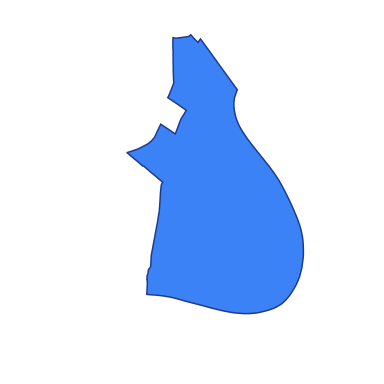 the district of Yan Nawa, Bangkok Metropolis, Thailand, rotated 329°
{"feature_id": "78962969B14857806522936", "entity_name": "Yan Nawa", "entity_type": "district", "adm_level": 2, "iso_a3": "THA", "parent_name": "Thailand", "parent_adm1": "Bangkok Metropolis", "projection": "natural_earth1", "projection_center": [100.54, 13.694], "detail": "fine", "context": "isolated", "style": "filled", "palette": "blue", "viewbox_px": 384, "rotation_deg": 329, "n_neighbors": 0, "source": "geoboundaries", "source_scale": "gbopen_adm2", "svg_char_len": 3468}
<svg xmlns="http://www.w3.org/2000/svg" viewBox="0 0 384 384"><g transform="rotate(329 192 192)"><path d="M100.5,256.5L103.4,258.6L103.5,258.7L107.7,261.6L111.3,264.3L114.7,267.0L116.6,268.7L119.5,271.1L123.0,274.6L126.5,278.2L129.0,281.0L131.5,283.6L141.3,293.5L144.5,296.8L149.2,301.8L154.1,306.6L157.8,310.2L159.0,311.3L162.4,314.3L164.1,315.8L165.7,317.1L167.3,318.3L170.6,320.7L173.9,323.0L175.6,324.0L177.6,325.2L179.6,326.3L181.7,327.3L183.7,328.3L185.8,329.2L187.6,329.9L189.5,330.5L191.3,331.1L195.0,332.2L196.9,332.7L198.8,333.1L200.7,333.5L202.6,333.8L204.5,334.0L206.5,334.1L208.4,334.1L210.3,334.1L212.4,333.8L214.6,333.4L216.7,332.9L218.8,332.2L220.9,331.5L222.9,330.7L224.7,329.9L226.4,329.1L228.1,328.2L231.4,326.4L233.1,325.4L234.9,324.2L236.8,322.9L238.5,321.6L240.3,320.3L247.2,313.5L253.7,305.3L255.0,303.4L256.2,301.5L258.5,297.5L259.8,295.1L260.8,293.4L261.4,292.0L261.8,291.3L262.8,289.2L263.7,287.0L264.5,284.7L265.3,282.4L265.6,281.5L265.8,280.9L266.1,280.0L266.7,277.7L267.3,275.3L267.8,273.0L268.3,270.6L268.7,268.3L269.4,263.5L270.1,258.8L270.6,254.0L270.9,251.6L271.4,246.7L271.8,241.8L272.1,236.8L272.4,231.7L272.4,229.2L272.5,226.6L272.4,224.2L272.3,221.7L272.0,216.7L271.5,211.7L271.3,209.2L270.6,204.2L268.7,190.0L267.8,183.1L267.4,179.9L267.3,178.6L266.8,174.0L266.6,169.6L266.4,165.1L266.5,162.9L266.5,160.7L266.7,158.2L267.1,155.7L267.5,153.2L268.0,150.8L268.7,148.4L269.5,146.1L270.3,143.9L271.3,141.7L272.2,139.8L273.3,138.0L274.4,136.3L276.9,133.2L281.7,129.1L283.5,127.7L280.9,97.8L280.5,92.5L280.4,91.1L279.5,80.8L278.5,69.8L278.1,65.2L276.8,65.7L276.0,66.0L275.0,66.5L274.2,66.9L273.8,65.3L273.4,63.8L273.2,63.2L272.9,61.7L272.7,61.0L272.4,59.2L272.2,58.1L272.0,56.6L271.9,56.5L271.6,56.5L271.2,56.7L270.9,56.8L270.5,56.9L270.2,56.9L269.8,56.9L269.5,56.9L269.2,56.9L268.8,56.8L268.3,56.6L267.9,56.4L267.6,56.3L267.0,56.1L266.3,55.8L265.3,55.3L264.5,55.0L263.6,54.6L262.7,54.2L262.1,53.9L261.1,53.5L260.4,53.2L259.6,52.8L259.0,52.6L258.6,52.4L258.4,52.3L257.6,52.0L257.1,51.7L256.4,51.0L255.5,50.1L255.4,50.0L255.2,49.9L253.8,52.1L252.3,54.5L250.5,57.6L249.7,58.9L248.3,61.6L247.1,63.6L246.2,65.0L245.5,66.3L244.5,67.9L243.9,69.0L242.6,71.1L240.2,75.4L238.5,78.2L237.6,79.8L235.9,82.9L234.0,86.3L232.7,88.8L232.5,89.1L232.3,89.3L232.0,89.6L230.1,91.1L226.9,93.6L224.5,95.4L221.5,97.6L219.8,98.7L221.1,101.4L224.1,107.7L227.2,114.6L229.1,119.0L225.0,121.3L220.9,123.3L220.0,123.9L218.4,125.0L213.8,128.7L212.7,129.6L207.6,133.6L206.4,131.1L203.5,124.8L202.5,122.8L200.3,118.1L200.1,117.8L198.6,118.8L194.3,121.6L188.3,125.7L185.4,126.7L183.5,127.3L181.4,127.6L179.3,128.0L172.5,127.7L170.4,127.5L167.3,127.2L166.1,126.9L164.5,126.6L160.4,125.7L157.9,125.1L156.8,124.8L156.7,125.4L156.8,125.5L158.3,130.1L160.8,137.2L161.9,140.7L163.1,144.3L163.5,144.5L163.9,144.8L164.2,145.7L167.3,155.2L168.8,159.3L170.3,163.8L170.7,164.9L171.9,168.5L171.7,168.6L170.6,169.2L169.8,169.7L169.3,170.2L168.7,170.9L165.3,175.4L162.6,179.3L159.9,183.3L154.1,191.5L150.6,195.6L146.6,200.4L124.5,225.3L122.1,228.8L118.9,233.6L118.1,234.6L117.1,235.2L116.2,235.6L115.2,235.8L114.3,236.6L114.1,236.8L113.8,237.2L113.4,237.6L113.2,237.9L113.0,238.2L112.6,238.8L112.3,239.1L111.9,239.5L111.5,239.9L110.9,240.2L110.3,240.7L109.5,241.9L108.4,243.6L108.6,243.7L108.6,243.8L108.3,244.2L108.3,244.5L107.9,245.1L107.7,245.2L107.4,245.5L107.5,246.1L106.8,247.1L104.7,250.2L102.2,254.0L100.5,256.5Z" fill="#3b82f6" stroke="#1e3a8a" stroke-width="1.5"/></g></svg>